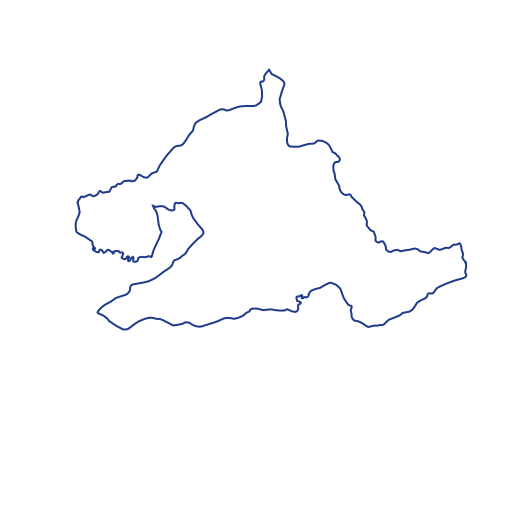 Maukatar, Cova Lima, East Timor (Albers equal-area conic projection), rotated 132°
{"feature_id": "22284137B61331736580364", "entity_name": "Maukatar", "entity_type": "district", "adm_level": 2, "iso_a3": "TLS", "parent_name": "East Timor", "parent_adm1": "Cova Lima", "projection": "albers", "projection_center": [125.234, -9.237], "detail": "fine", "context": "isolated", "style": "outline", "palette": "blue", "viewbox_px": 512, "rotation_deg": 132, "n_neighbors": 0, "source": "geoboundaries", "source_scale": "gbopen_adm2", "svg_char_len": 6149}
<svg xmlns="http://www.w3.org/2000/svg" viewBox="0 0 512 512"><g transform="rotate(132 256 256)"><path d="M129.0,257.8L128.0,258.3L127.1,260.0L126.7,266.0L127.5,268.5L124.9,275.2L124.7,277.5L124.8,279.7L125.7,282.7L126.9,285.0L128.9,287.3L129.9,287.7L131.8,287.7L133.6,288.2L137.9,292.2L146.1,297.3L150.0,301.5L151.9,304.3L152.2,305.6L151.3,308.0L150.0,309.7L148.1,311.5L143.9,314.1L139.5,320.3L135.7,324.1L130.1,332.7L128.2,337.7L126.5,340.2L123.4,343.6L121.6,344.3L117.2,346.5L109.7,349.6L108.5,350.7L107.8,352.4L108.0,357.0L109.1,362.1L110.3,366.0L108.9,370.9L114.1,370.8L117.0,370.2L119.2,368.0L120.5,367.6L121.6,367.6L122.3,368.1L123.1,369.1L124.7,368.7L128.7,362.7L133.5,358.1L138.0,355.5L141.4,356.0L144.3,356.8L146.0,358.1L147.5,359.5L150.8,363.5L156.1,368.4L159.4,370.4L165.1,373.3L167.4,374.9L168.7,378.2L169.8,379.5L171.4,380.8L181.8,384.6L185.6,385.7L192.9,388.8L196.6,389.8L198.6,389.7L201.6,388.6L204.5,387.0L205.7,386.7L210.5,386.7L214.3,386.1L216.2,385.6L221.5,385.1L223.2,385.5L224.7,386.2L227.6,388.7L228.6,389.2L231.5,389.7L240.5,389.6L245.6,389.1L253.2,388.1L259.1,386.3L260.2,386.4L264.3,388.7L270.0,389.1L271.0,389.8L271.8,390.7L272.7,392.8L273.6,397.0L274.6,398.0L275.9,397.7L276.6,397.0L277.7,396.6L280.7,396.4L281.7,396.8L283.9,398.5L284.1,400.0L288.1,403.7L289.3,404.4L292.6,404.6L293.7,405.4L294.7,406.8L297.0,407.1L298.2,406.7L299.8,408.2L301.7,409.3L305.9,408.0L306.9,408.3L307.7,409.3L311.3,412.0L311.7,412.9L311.8,415.1L313.0,415.8L315.7,415.1L317.2,415.3L320.2,416.5L321.0,418.2L321.1,420.1L322.1,421.0L327.6,423.5L327.8,424.3L329.1,425.7L331.2,425.3L333.5,425.4L334.8,424.5L335.6,424.6L338.0,420.8L341.4,416.4L345.2,414.6L349.4,413.4L352.5,411.7L354.5,410.0L356.9,407.3L358.0,405.9L358.3,404.9L357.5,400.5L356.0,395.8L354.9,387.8L355.4,386.6L356.9,385.0L357.9,383.0L357.8,381.4L358.2,380.5L359.0,380.6L359.2,381.3L359.0,382.4L360.0,382.0L360.4,380.6L359.9,377.6L359.6,376.8L358.4,375.4L356.5,376.1L355.5,376.1L354.9,375.2L355.1,373.3L355.6,371.4L354.6,370.8L353.8,370.6L350.8,370.4L350.0,369.7L349.7,366.6L349.3,365.5L350.0,364.2L349.3,363.5L348.5,364.1L347.1,364.4L344.6,362.0L344.3,361.0L344.6,360.0L344.4,359.2L342.9,357.9L342.9,356.4L343.8,355.9L347.1,354.8L347.1,353.6L346.4,351.5L345.5,351.0L342.3,351.2L341.6,350.5L341.8,349.4L344.3,348.9L345.2,347.5L344.7,346.9L343.7,346.6L340.6,347.3L339.0,346.9L339.1,346.0L341.8,344.1L342.1,343.1L341.5,342.3L339.9,341.0L339.1,340.7L336.3,342.0L334.8,341.7L333.0,340.3L332.0,338.6L330.0,336.8L328.1,335.7L326.9,334.1L326.9,333.2L325.9,333.2L320.0,336.1L309.9,339.2L308.3,339.5L304.1,341.3L302.3,341.8L301.2,342.4L300.5,344.9L298.6,348.0L297.4,349.8L292.1,355.9L290.1,359.0L289.1,361.8L288.9,363.6L287.6,366.1L286.6,363.3L283.8,361.2L282.4,359.8L280.8,357.5L280.3,354.7L280.3,353.2L279.4,350.2L278.6,349.1L276.5,347.7L275.6,348.0L274.2,349.6L271.9,351.1L271.2,351.4L270.0,351.1L268.5,348.7L266.7,347.3L265.9,346.2L265.6,344.3L265.4,340.6L265.8,338.5L265.9,336.1L266.3,334.6L268.2,331.8L269.7,328.4L271.4,320.6L272.1,314.4L272.5,312.8L273.0,311.7L274.0,310.6L274.9,310.0L278.4,310.0L282.1,310.7L288.9,311.1L296.4,311.1L298.5,310.5L302.0,310.0L304.5,310.8L308.3,311.2L310.9,312.2L313.7,313.7L314.6,313.8L319.4,312.2L321.0,312.1L323.4,312.5L329.1,314.0L338.5,315.8L341.2,316.6L346.6,318.9L350.5,321.5L359.4,328.4L360.8,329.0L361.8,329.1L363.5,328.5L366.1,326.6L368.4,326.2L370.7,326.4L372.2,327.0L377.8,330.3L381.2,332.1L387.5,333.5L393.2,335.6L398.1,336.5L402.7,336.4L404.1,335.9L404.2,335.1L402.7,330.6L402.2,328.2L402.1,324.4L402.6,321.8L401.5,313.6L399.5,305.6L397.3,303.2L396.2,302.4L393.9,301.8L387.8,300.7L383.0,299.4L377.3,296.7L373.8,294.4L371.7,292.2L369.0,287.5L367.0,285.2L365.9,282.0L363.0,271.0L356.1,265.5L352.3,264.0L350.4,261.3L349.3,255.8L348.4,253.8L346.9,251.3L345.1,249.5L331.5,241.5L323.6,237.9L321.3,236.1L318.3,232.0L317.5,230.4L314.1,228.0L310.4,226.2L308.3,225.6L304.9,225.2L301.4,223.8L299.4,224.4L297.5,223.4L294.4,220.1L291.8,215.1L290.9,213.8L287.9,211.4L285.2,208.6L283.4,205.5L280.2,201.3L277.5,198.4L274.8,197.3L272.9,191.9L271.2,189.3L269.6,188.6L267.9,188.8L266.6,189.6L264.9,191.6L263.9,191.9L261.5,191.1L260.6,191.7L260.6,192.5L261.8,195.2L260.5,197.5L259.4,198.4L258.4,198.2L257.1,196.9L256.4,196.5L255.0,196.3L254.4,195.3L256.7,193.8L256.0,192.9L254.2,192.7L253.1,190.9L252.3,190.5L251.5,190.3L250.2,190.5L248.5,191.5L246.8,191.9L244.4,191.6L240.4,189.5L236.9,187.1L231.8,185.5L227.2,183.7L225.8,182.5L223.9,177.6L223.7,174.8L223.9,171.4L228.3,163.1L229.8,158.2L230.5,154.5L229.3,151.5L230.1,150.5L232.0,149.8L233.4,148.9L234.9,146.5L237.5,143.9L238.2,141.1L238.2,139.7L236.0,136.1L235.0,132.6L233.9,125.7L233.4,124.9L228.9,121.8L226.8,119.4L224.4,117.8L223.3,116.3L221.7,115.3L220.2,115.0L217.3,115.0L214.2,114.5L204.4,109.6L200.0,108.8L194.6,104.7L191.3,103.9L186.8,104.2L184.2,104.9L182.6,105.0L178.2,103.7L174.4,102.0L173.3,101.7L171.7,101.8L169.3,102.9L168.2,102.7L166.1,100.1L165.2,99.7L163.8,99.5L160.6,100.0L158.8,100.0L156.0,99.1L149.4,96.2L141.2,91.9L134.2,87.4L132.0,86.4L130.9,86.3L130.2,86.5L129.1,87.5L128.4,89.3L127.2,90.4L123.8,92.3L120.4,95.4L120.9,95.7L120.1,97.4L119.9,99.2L119.2,101.5L116.0,103.3L113.8,107.4L112.3,109.0L110.3,112.2L110.3,113.2L113.7,114.8L115.4,116.8L119.8,117.5L121.2,118.2L122.1,119.5L123.4,120.8L127.7,123.0L128.7,123.8L130.5,128.5L131.3,129.0L136.6,129.4L137.9,129.6L138.8,130.2L140.3,133.4L142.6,137.0L142.8,138.8L142.7,139.7L143.1,141.0L143.9,142.6L145.1,143.7L149.3,146.6L152.3,149.3L155.1,151.1L155.8,151.9L156.6,154.6L157.3,155.5L159.2,157.0L162.7,158.5L163.4,159.2L164.2,161.0L164.2,163.5L161.9,166.3L160.6,169.4L160.3,171.5L160.9,172.4L161.7,173.0L163.2,173.4L163.9,173.9L164.7,175.3L164.7,176.4L164.7,177.2L164.2,178.0L162.0,179.6L159.4,184.2L159.2,185.0L160.2,188.0L159.5,193.2L158.9,194.5L156.1,196.6L154.4,200.1L153.5,203.0L151.0,204.7L150.0,208.1L148.4,211.2L148.1,213.3L148.4,217.6L148.1,224.4L147.3,226.7L147.6,227.8L150.7,230.1L151.3,231.4L151.6,233.3L151.5,235.4L150.7,237.9L147.9,241.9L145.9,248.4L142.8,252.0L141.6,253.6L141.1,255.1L138.3,257.9L137.2,258.9L134.4,260.0L132.9,259.7L131.3,258.1L130.5,257.7L129.0,257.8Z" fill="none" stroke="#1e3a8a" stroke-width="2"/></g></svg>